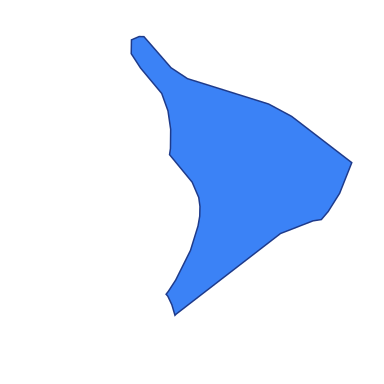 outline of Wanica, rotated 210°
{"feature_id": "SUR-74", "entity_name": "Wanica", "entity_type": "District", "adm_level": 1, "iso_a3": "SUR", "parent_name": "Suriname", "parent_adm1": "", "projection": "natural_earth1", "projection_center": [-55.199, 5.79], "detail": "fine", "context": "isolated", "style": "filled", "palette": "blue", "viewbox_px": 384, "rotation_deg": 210, "n_neighbors": 0, "source": "natural_earth", "source_scale": "10m", "svg_char_len": 566}
<svg xmlns="http://www.w3.org/2000/svg" viewBox="0 0 384 384"><g transform="rotate(210 192 192)"><path d="M145.1,76.7L153.1,84.3L160.9,89.7L163.3,90.5L162.8,94.3L162.1,107.6L164.1,140.6L169.8,165.6L173.2,174.9L177.9,183.5L183.4,190.6L196.8,200.6L230.1,213.1L232.4,218.9L241.8,235.6L253.4,250.3L267.5,262.2L298.5,273.6L313.8,281.4L320.5,293.5L315.5,300.2L311.3,302.5L272.3,289.1L252.6,287.9L169.6,306.5L143.5,307.3L68.3,297.3L63.5,264.7L64.3,243.2L66.2,232.8L72.8,227.5L94.6,200.3L144.7,78.3L145.1,76.7Z" fill="#3b82f6" stroke="#1e3a8a" stroke-width="1.5"/></g></svg>